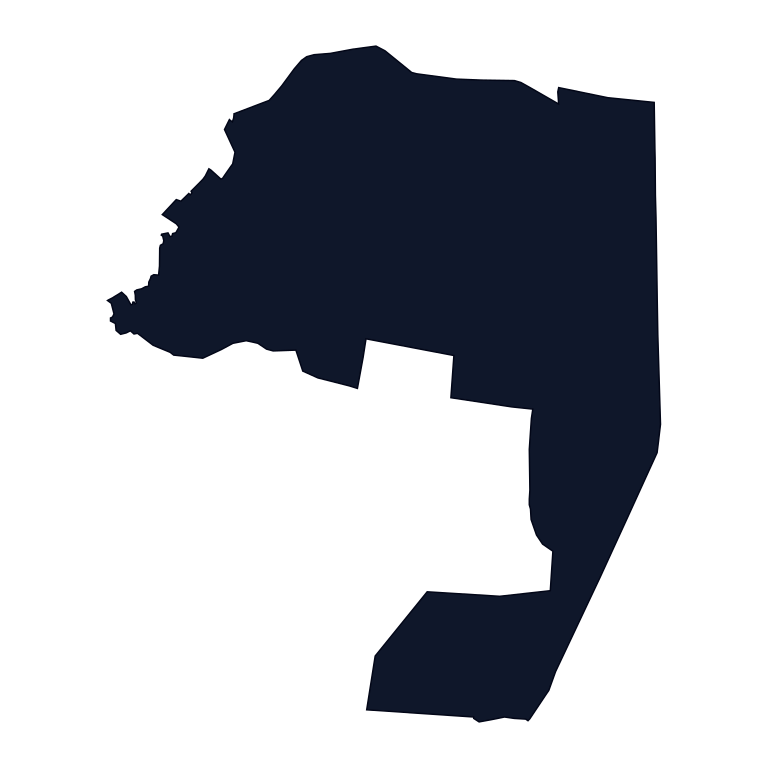 Municipal Area Council, Federal Capital Territory, Nigeria (Natural Earth projection)
{"feature_id": "59680162B38183120701356", "entity_name": "Municipal Area Council", "entity_type": "district", "adm_level": 2, "iso_a3": "NGA", "parent_name": "Nigeria", "parent_adm1": "Federal Capital Territory", "projection": "natural_earth1", "projection_center": [7.293, 8.887], "detail": "fine", "context": "isolated", "style": "filled", "palette": "ink", "viewbox_px": 768, "rotation_deg": 0, "n_neighbors": 0, "source": "geoboundaries", "source_scale": "gbopen_adm2", "svg_char_len": 2305}
<svg xmlns="http://www.w3.org/2000/svg" viewBox="0 0 768 768"><path d="M613.4,548.3L627.3,518.0L657.1,452.7L658.5,441.3L659.3,434.3L660.5,424.3L657.8,334.6L657.7,328.4L657.2,298.0L657.0,283.9L656.0,217.6L655.4,195.2L655.1,158.2L654.9,149.1L654.2,102.4L607.8,97.7L558.7,87.6L557.8,91.9L558.4,100.4L558.6,104.0L530.2,87.7L520.9,82.5L514.5,80.6L481.6,80.1L456.4,79.1L416.7,73.8L411.7,72.5L398.3,61.6L385.0,50.8L376.0,46.1L362.6,47.9L353.8,49.1L353.4,49.1L330.3,53.4L314.1,54.7L306.7,56.7L301.5,60.4L294.3,68.8L281.7,85.9L274.3,94.7L269.2,100.4L261.3,103.4L234.0,113.8L234.0,114.9L233.7,117.6L233.4,118.9L232.4,121.8L230.7,120.7L229.6,119.8L229.4,119.6L224.5,129.5L235.0,152.2L232.7,163.9L230.8,166.5L225.2,174.5L222.7,178.2L221.0,179.2L212.6,171.6L210.7,169.9L208.9,168.8L205.3,176.0L202.9,179.3L198.1,184.2L194.0,188.3L191.1,191.2L192.0,192.9L190.2,194.9L188.8,193.5L180.9,201.2L176.3,199.6L175.8,200.1L162.3,214.6L176.3,223.8L179.0,227.1L175.9,232.7L172.6,233.6L172.0,236.1L170.0,236.6L168.0,232.9L161.6,234.2L161.3,235.2L162.7,236.0L163.8,240.7L163.1,243.8L160.4,245.3L159.7,248.1L159.5,266.0L158.6,275.1L153.8,274.7L151.1,276.2L150.5,278.5L148.8,282.1L148.6,286.2L145.3,286.8L141.6,288.8L136.8,289.9L134.6,291.4L135.3,295.1L135.4,299.7L136.4,302.8L135.0,303.9L134.0,302.0L132.9,302.1L132.4,304.4L130.9,304.8L126.3,296.5L121.6,292.2L118.3,294.3L115.8,295.8L114.3,296.7L112.8,297.7L108.3,300.0L107.5,300.5L109.3,301.8L111.3,303.3L114.0,313.9L112.5,317.0L110.5,318.0L110.5,321.0L115.4,323.5L116.1,330.4L118.1,332.1L120.6,334.3L126.2,332.9L130.4,330.8L134.0,334.0L137.5,333.3L153.2,345.3L170.1,352.3L173.7,355.1L181.5,355.9L202.8,358.2L221.4,349.5L232.9,343.3L246.2,340.7L252.3,342.0L257.9,343.3L266.5,349.1L273.1,350.9L279.3,350.7L295.9,350.1L302.8,371.1L317.9,377.9L349.4,385.9L357.4,388.4L363.1,357.4L366.0,338.8L453.9,355.5L450.9,397.7L511.8,406.9L532.8,409.1L531.4,418.4L529.3,449.4L529.9,490.0L529.3,499.2L529.3,504.8L530.3,508.3L530.5,509.0L531.1,519.5L536.5,535.0L542.6,544.1L552.9,551.2L550.3,590.7L499.7,596.3L427.2,591.8L375.2,656.0L366.7,709.8L473.7,717.0L473.7,718.4L479.1,721.9L490.6,719.8L496.7,718.6L504.5,717.0L514.2,718.4L525.7,719.1L528.0,720.7L529.8,718.8L536.2,709.2L545.6,695.1L548.8,690.4L555.6,671.5L600.2,577.1L613.4,548.3Z" fill="#0f172a" stroke="#020617" stroke-width="1.5"/></svg>